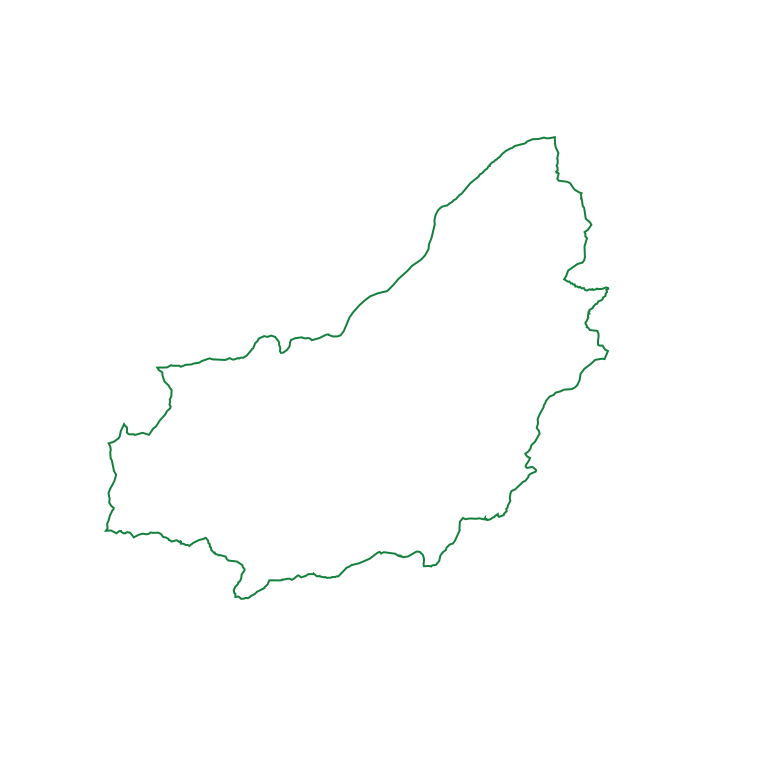 outline of Huye, Southern, Rwanda, rotated 223°
{"feature_id": "39286606B50862047870193", "entity_name": "Huye", "entity_type": "district", "adm_level": 2, "iso_a3": "RWA", "parent_name": "Rwanda", "parent_adm1": "Southern", "projection": "equal_earth", "projection_center": [29.71, -2.532], "detail": "fine", "context": "isolated", "style": "outline", "palette": "green", "viewbox_px": 768, "rotation_deg": 223, "n_neighbors": 0, "source": "geoboundaries", "source_scale": "gbopen_adm2", "svg_char_len": 6154}
<svg xmlns="http://www.w3.org/2000/svg" viewBox="0 0 768 768"><g transform="rotate(223 384 384)"><path d="M319.9,177.4L317.8,177.9L317.1,180.3L316.5,185.1L315.7,185.8L312.8,186.0L310.4,190.1L309.6,193.4L306.2,196.6L306.4,197.3L302.2,197.6L301.2,198.2L300.2,199.8L299.6,199.6L295.9,201.8L295.0,203.0L293.9,203.0L290.6,206.3L290.2,207.6L288.1,209.4L287.4,211.1L286.2,212.2L286.0,224.5L285.2,225.7L284.3,229.3L280.0,235.8L275.3,246.5L273.6,256.4L272.6,258.3L270.6,258.0L269.4,260.9L259.9,267.6L257.6,267.8L256.0,268.9L256.3,268.2L255.9,268.3L251.7,270.6L248.8,274.3L245.9,283.7L243.4,285.6L239.1,285.5L237.2,284.5L235.0,283.0L232.0,279.0L230.5,278.0L227.0,281.6L225.0,282.8L225.1,284.1L222.7,287.1L222.9,292.2L225.8,297.1L226.2,300.9L225.6,304.9L226.7,307.1L226.4,311.6L224.8,314.4L225.2,317.7L228.9,328.8L229.9,329.3L234.6,335.1L234.9,339.9L232.2,340.7L229.8,343.9L224.5,348.5L222.7,350.8L218.5,353.2L218.7,354.8L218.2,354.2L217.0,355.1L216.6,354.5L215.5,355.1L213.9,357.7L213.2,360.9L212.5,361.9L212.8,362.7L212.1,366.6L210.1,365.2L209.2,365.3L207.0,369.9L207.7,370.8L207.6,374.8L209.4,376.0L209.3,377.8L210.5,379.5L211.8,384.6L213.8,386.0L215.7,388.4L216.9,390.3L217.7,392.8L216.2,396.3L215.6,407.0L214.6,409.7L214.9,414.3L215.8,415.5L215.6,418.2L213.3,423.4L214.1,424.8L218.2,424.7L219.4,424.0L222.1,420.2L224.1,420.2L224.9,421.4L225.7,426.5L226.7,429.5L229.9,428.6L233.1,429.3L232.4,433.5L232.8,436.4L234.5,440.0L234.2,444.8L236.3,453.8L238.6,455.3L242.3,456.0L244.5,460.3L247.6,463.0L249.7,468.6L251.4,475.8L252.5,477.3L253.1,480.2L254.0,482.1L254.3,487.9L252.3,492.1L252.7,493.4L252.4,495.0L249.8,499.2L248.6,502.5L243.1,508.4L241.9,512.3L241.9,515.2L243.6,520.3L247.2,525.6L247.8,531.9L246.4,539.9L246.0,545.7L241.7,551.3L239.7,552.6L242.7,560.9L245.7,559.9L250.3,561.2L252.7,559.0L254.2,558.7L256.7,561.2L259.8,565.5L261.5,567.1L264.2,568.3L270.2,563.9L273.1,564.4L274.5,563.8L275.4,565.0L277.7,565.5L278.7,566.5L278.6,567.6L280.0,572.2L281.0,572.4L282.1,574.2L281.8,575.3L282.6,575.2L283.5,575.9L283.1,576.9L284.2,578.1L283.1,582.4L283.7,583.2L283.7,586.8L282.9,588.0L283.6,590.8L282.1,593.4L282.0,595.3L282.8,596.8L282.1,599.3L283.5,601.6L283.6,603.4L285.6,604.5L284.9,606.4L285.4,607.0L287.4,606.2L289.2,602.5L291.9,599.6L293.4,598.9L293.5,597.9L295.2,595.4L296.4,595.5L296.7,594.2L298.3,593.4L299.3,590.7L301.5,589.9L303.0,590.5L305.0,588.7L307.0,588.6L307.3,587.5L309.3,587.0L310.6,585.8L312.4,586.8L313.5,585.8L315.1,585.9L315.9,585.0L318.3,585.4L319.0,584.4L323.7,583.4L324.4,587.3L326.7,592.6L324.3,603.8L321.6,608.2L321.9,610.7L323.3,613.5L331.2,621.4L334.9,629.0L337.6,629.4L339.0,631.1L340.9,631.9L340.0,635.8L340.9,641.8L343.4,642.7L349.2,642.5L357.6,649.2L360.4,650.0L365.6,654.2L366.3,653.9L366.9,655.1L368.9,656.6L369.7,658.3L372.3,657.1L377.5,656.1L385.0,657.8L388.0,656.8L394.9,651.8L397.2,652.3L399.8,657.1L400.7,657.2L401.9,656.3L402.9,656.7L402.6,658.5L404.8,660.8L406.6,661.4L407.5,663.9L409.9,666.4L411.0,666.8L414.0,671.9L419.8,674.2L423.2,676.7L427.4,681.0L430.9,676.3L433.0,674.3L435.1,673.3L438.1,668.5L442.1,664.6L444.8,658.9L444.9,656.2L450.6,647.4L451.4,643.5L452.0,642.9L453.8,637.7L454.5,632.7L454.2,628.8L454.8,626.6L454.6,625.2L455.3,623.7L455.3,621.5L456.1,619.8L456.1,616.2L455.4,615.6L455.9,615.1L456.0,613.9L455.4,611.8L456.0,609.8L456.0,605.2L456.8,602.4L456.3,600.2L457.8,589.8L457.0,575.9L457.7,574.0L457.5,568.3L458.4,565.9L458.3,563.3L459.2,560.9L459.5,557.9L462.3,553.6L462.9,550.8L462.9,547.7L461.5,542.7L458.7,538.0L455.9,535.6L448.9,523.3L446.4,516.8L443.5,513.3L441.7,506.1L441.7,500.0L444.1,489.5L444.0,482.7L445.1,470.7L444.7,462.8L445.0,454.2L450.4,446.1L453.9,438.7L455.0,432.5L455.7,424.9L455.5,415.3L454.6,409.1L449.4,395.0L449.0,389.9L450.5,387.1L453.7,384.0L457.7,382.2L458.3,382.5L459.9,380.7L462.5,373.7L466.6,366.9L469.0,366.8L470.9,365.9L472.5,363.7L476.1,361.9L480.2,356.9L482.0,352.7L481.0,350.3L478.8,347.3L478.2,343.2L479.0,338.4L480.6,336.5L482.5,337.1L484.5,339.7L487.6,341.2L489.1,343.0L495.7,344.2L499.6,342.4L501.3,339.0L504.3,337.3L506.6,331.7L505.8,329.4L506.0,325.9L504.0,321.0L504.5,319.5L504.1,318.4L503.8,311.2L504.8,307.3L506.6,305.7L507.5,303.6L508.5,303.4L510.1,300.0L511.4,298.6L514.6,297.6L516.3,293.5L526.2,285.1L529.0,283.8L532.8,276.8L533.7,273.5L537.1,269.3L538.2,266.9L542.2,262.7L544.0,258.6L544.6,257.9L546.1,257.8L551.3,253.0L552.5,252.6L554.0,248.1L561.0,241.4L558.0,240.6L554.1,241.3L551.6,239.0L546.1,236.1L540.4,236.0L537.3,235.0L535.5,235.0L531.3,230.2L529.9,226.2L528.4,225.3L526.8,222.6L524.7,222.1L523.8,220.4L524.2,215.9L523.2,212.6L523.1,204.6L521.8,197.4L522.4,194.3L521.2,186.6L527.3,183.6L531.5,176.8L532.8,176.5L535.7,173.7L537.0,173.1L539.0,173.2L541.5,176.2L543.1,177.1L544.1,176.7L546.7,177.4L544.4,170.1L541.4,165.2L541.1,163.1L542.2,157.4L544.9,152.8L541.7,151.7L538.9,149.5L537.7,147.4L533.2,143.2L531.1,142.6L522.1,136.2L518.0,135.0L514.9,128.9L512.7,120.4L511.0,116.2L506.4,113.0L504.1,109.9L500.2,108.8L497.1,109.1L496.3,107.7L496.5,106.5L494.6,100.5L492.1,95.9L491.3,93.2L487.7,89.8L487.3,87.0L483.6,90.8L477.9,92.3L477.3,95.7L476.8,96.6L476.1,97.2L475.1,96.7L472.6,97.2L471.6,98.2L470.9,100.4L469.8,101.2L467.9,102.1L462.4,101.2L460.6,106.4L458.4,110.0L455.1,112.2L453.9,113.8L453.4,116.3L451.6,117.4L447.7,121.3L445.0,122.2L441.1,121.5L438.8,123.0L436.0,123.7L434.9,123.1L433.4,123.9L432.0,123.8L429.1,128.3L425.9,128.9L425.7,130.1L424.9,130.3L423.7,128.7L421.6,130.5L419.6,130.9L417.3,132.6L416.0,132.7L415.1,137.8L412.8,143.9L410.2,147.8L409.8,149.6L409.1,149.9L405.9,149.5L403.8,147.9L402.1,148.0L400.5,146.2L399.0,146.4L397.3,144.9L393.3,144.6L392.9,145.3L391.3,144.6L389.7,145.7L388.0,145.9L387.2,147.1L382.0,149.8L380.0,148.8L377.5,148.7L370.4,153.9L364.0,154.9L362.3,153.8L359.7,153.5L358.9,152.6L358.2,147.6L356.0,144.7L355.0,142.1L355.1,139.0L354.5,138.6L354.3,136.1L354.5,134.4L353.4,130.9L350.9,129.0L349.7,129.2L347.5,126.9L345.4,129.3L341.9,129.5L340.1,131.5L339.2,133.3L337.4,134.6L336.7,137.1L336.9,137.7L335.2,142.5L335.2,145.4L332.5,152.5L332.3,153.3L332.8,153.8L332.4,157.9L334.0,162.2L325.6,169.9L324.5,171.7L324.7,172.1L323.6,173.0L321.6,176.0L319.9,177.4Z" fill="none" stroke="#15803d" stroke-width="2"/></g></svg>